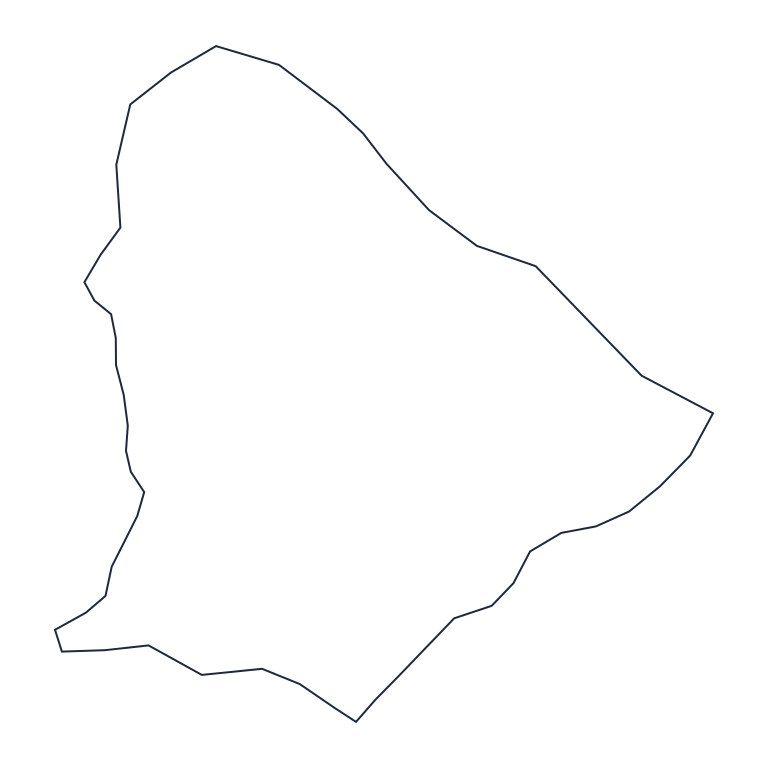 an SVG outline of Qobustan
{"feature_id": "AZE-1711", "entity_name": "Qobustan", "entity_type": "District", "adm_level": 1, "iso_a3": "AZE", "parent_name": "Azerbaijan", "parent_adm1": "", "projection": "albers", "projection_center": [48.882, 40.527], "detail": "fine", "context": "isolated", "style": "outline", "palette": "slate", "viewbox_px": 768, "rotation_deg": 0, "n_neighbors": 0, "source": "natural_earth", "source_scale": "10m", "svg_char_len": 755}
<svg xmlns="http://www.w3.org/2000/svg" viewBox="0 0 768 768"><path d="M201.8,674.9L148.5,645.4L104.7,650.2L61.9,651.6L55.0,629.8L86.0,612.6L105.5,595.9L111.7,566.7L124.6,541.2L137.3,515.9L144.2,492.1L130.8,471.7L126.0,450.9L127.8,425.7L123.7,394.8L116.0,365.0L115.8,338.2L111.1,314.2L94.4,300.6L84.4,282.2L100.7,254.6L120.4,227.6L116.3,164.7L130.3,104.4L171.0,72.5L216.0,46.1L279.0,64.9L337.3,109.0L363.1,133.4L386.5,163.8L429.1,210.2L476.9,245.9L535.7,266.2L582.7,314.8L641.6,375.7L713.0,413.3L690.2,455.5L660.1,486.2L629.1,511.5L595.9,526.4L561.3,532.9L530.1,551.4L513.5,583.1L491.7,605.8L454.2,618.3L423.3,650.4L399.5,675.2L375.4,699.7L356.0,721.9L335.0,708.2L299.8,684.1L262.0,668.8L201.8,674.9Z" fill="none" stroke="#1e293b" stroke-width="2"/></svg>